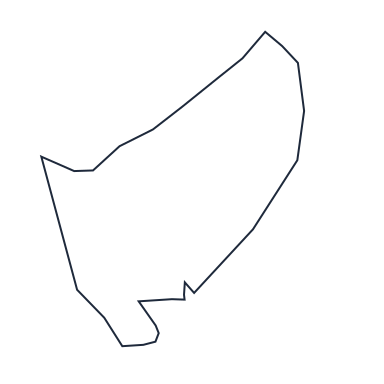 SVG path tracing the border of Kalungu, rotated 74°
{"feature_id": "UGA-5620", "entity_name": "Kalungu", "entity_type": "District", "adm_level": 1, "iso_a3": "UGA", "parent_name": "Uganda", "parent_adm1": "", "projection": "orthographic", "projection_center": [31.834, -0.095], "detail": "fine", "context": "isolated", "style": "outline", "palette": "slate", "viewbox_px": 384, "rotation_deg": 74, "n_neighbors": 0, "source": "natural_earth", "source_scale": "10m", "svg_char_len": 514}
<svg xmlns="http://www.w3.org/2000/svg" viewBox="0 0 384 384"><g transform="rotate(74 192 192)"><path d="M225.2,121.5L244.7,143.7L289.6,217.8L276.9,223.8L288.6,228.0L293.4,228.8L289.5,240.8L282.4,273.4L310.4,263.7L318.5,262.9L325.8,268.4L325.5,280.9L321.0,301.5L288.7,311.0L254.3,329.4L116.5,327.1L139.4,299.5L144.0,281.2L128.0,249.0L121.1,212.3L107.3,177.8L88.9,134.2L77.4,106.6L58.2,77.5L76.6,65.1L97.1,54.6L145.0,61.9L174.9,75.1L190.5,82.0L225.2,121.5Z" fill="none" stroke="#1e293b" stroke-width="2"/></g></svg>